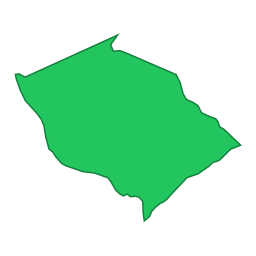 São Brás, Alagoas, Brazil (Natural Earth projection)
{"feature_id": "56859067B34385309848711", "entity_name": "São Brás", "entity_type": "district", "adm_level": 2, "iso_a3": "BRA", "parent_name": "Brazil", "parent_adm1": "Alagoas", "projection": "natural_earth1", "projection_center": [-36.859, -10.112], "detail": "fine", "context": "isolated", "style": "filled", "palette": "green", "viewbox_px": 256, "rotation_deg": 0, "n_neighbors": 0, "source": "geoboundaries", "source_scale": "gbopen_adm2", "svg_char_len": 911}
<svg xmlns="http://www.w3.org/2000/svg" viewBox="0 0 256 256"><path d="M117.6,35.1L25.1,77.1L19.1,73.9L15.4,74.4L16.3,78.9L18.5,85.0L20.0,89.7L21.9,93.5L25.4,100.7L37.1,113.6L41.3,119.4L44.0,125.9L45.8,137.3L49.0,149.0L52.6,151.9L55.9,156.9L61.6,163.4L65.7,165.7L82.5,171.5L94.6,173.1L99.4,174.7L103.1,176.1L107.7,177.6L111.2,182.2L115.7,190.1L119.6,193.8L123.3,195.9L127.4,194.1L130.4,196.7L135.7,196.3L139.4,197.4L142.8,201.6L143.2,213.1L144.3,220.9L149.6,216.4L151.7,211.4L155.6,207.1L160.0,203.5L163.5,201.9L166.7,199.5L170.5,195.2L175.5,189.8L187.1,177.6L198.2,173.8L204.2,169.5L208.5,166.6L212.6,162.6L219.0,160.5L222.4,157.4L230.5,149.2L240.6,145.2L223.7,129.1L219.7,126.9L218.2,122.2L215.8,118.8L209.9,116.7L201.5,112.7L198.0,105.7L193.3,102.6L186.4,99.4L183.1,93.8L180.2,82.7L176.1,74.6L124.2,52.2L119.8,50.7L113.3,51.2L110.7,44.6L117.6,35.1Z" fill="#22c55e" stroke="#15803d" stroke-width="1.5"/></svg>